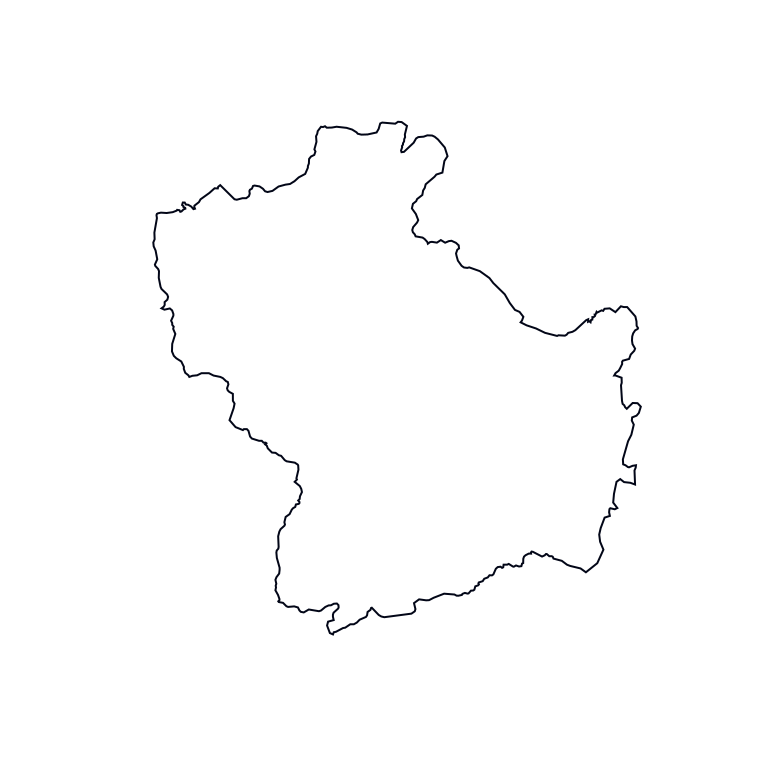 Walikale, Nord-Kivu, Democratic Republic of the Congo, rotated 289°
{"feature_id": "63176286B33968238717987", "entity_name": "Walikale", "entity_type": "district", "adm_level": 2, "iso_a3": "COD", "parent_name": "Democratic Republic of the Congo", "parent_adm1": "Nord-Kivu", "projection": "orthographic", "projection_center": [28.228, -1.084], "detail": "fine", "context": "isolated", "style": "outline", "palette": "ink", "viewbox_px": 768, "rotation_deg": 289, "n_neighbors": 0, "source": "geoboundaries", "source_scale": "gbopen_adm2", "svg_char_len": 6166}
<svg xmlns="http://www.w3.org/2000/svg" viewBox="0 0 768 768"><g transform="rotate(289 384 384)"><path d="M299.5,249.7L294.9,257.7L294.5,265.6L295.7,266.2L296.7,269.0L295.6,271.1L290.7,274.5L289.4,276.9L289.6,284.2L290.5,286.9L289.3,289.2L290.0,291.2L289.7,292.1L288.2,291.3L287.6,293.2L285.3,295.1L282.7,300.4L283.6,303.9L282.4,307.8L282.6,310.1L279.7,314.9L279.2,317.1L280.6,325.3L279.7,328.7L279.0,329.4L275.1,331.0L266.3,331.9L265.3,332.8L262.4,331.4L260.1,337.6L257.9,339.9L255.1,341.6L250.5,341.1L247.8,341.7L245.9,340.8L244.9,342.5L243.8,342.8L242.9,342.4L241.4,339.9L238.9,340.1L236.9,338.4L235.1,337.7L230.2,337.1L226.3,334.3L220.9,334.8L218.9,336.1L217.6,336.0L213.1,333.5L210.4,333.1L205.6,333.5L195.7,337.4L193.9,337.7L191.6,336.8L189.6,337.1L184.7,339.3L176.3,345.1L174.3,345.8L170.6,346.6L166.3,345.2L163.5,345.1L160.1,347.2L157.9,347.3L156.6,348.1L153.6,348.5L150.0,352.5L146.7,355.1L145.7,355.5L144.1,354.8L143.6,355.5L144.2,359.8L142.1,364.1L142.0,365.9L144.5,371.5L144.7,375.4L142.4,377.7L141.5,379.5L141.9,382.5L146.3,386.3L148.0,396.5L149.3,398.2L154.1,401.1L156.6,403.7L157.5,405.9L159.9,408.1L161.1,410.9L160.1,412.9L158.1,413.8L156.8,413.8L151.4,410.8L149.3,410.8L147.3,411.5L144.4,413.3L141.1,408.5L137.1,408.8L130.9,413.9L130.6,417.3L132.9,417.3L134.1,419.3L139.9,424.7L141.0,426.7L145.8,430.3L147.0,433.7L149.6,436.0L153.2,437.7L157.9,442.8L159.8,443.3L163.1,442.7L166.0,444.7L168.0,444.7L168.5,445.3L163.9,454.2L163.3,457.1L163.6,460.2L175.8,484.7L179.1,487.1L181.4,487.0L186.6,483.7L191.8,487.3L193.2,494.3L194.3,497.0L198.1,500.6L205.3,509.1L207.9,519.2L207.5,521.5L208.0,523.2L209.9,526.3L211.1,526.5L212.8,528.5L213.0,531.2L213.5,532.1L216.9,533.5L217.8,535.6L218.9,536.4L222.4,536.2L224.3,538.6L225.4,539.0L226.1,538.2L227.2,538.2L229.7,541.5L232.5,542.2L234.9,545.1L237.5,546.0L238.2,548.4L239.6,549.4L245.7,549.9L247.9,551.1L249.2,553.7L248.6,555.5L249.5,556.4L252.1,555.9L253.3,559.3L254.5,560.5L253.4,565.3L253.5,566.2L255.4,567.9L255.4,571.1L256.5,573.2L259.1,573.0L260.0,573.9L264.1,572.6L266.4,572.6L268.2,573.6L270.8,576.1L271.5,578.3L272.6,577.8L273.6,578.1L273.8,579.4L272.3,589.6L274.3,591.7L276.0,592.5L276.2,593.3L275.0,596.3L275.8,598.6L275.6,599.8L274.1,601.1L274.7,609.7L272.7,615.9L272.6,619.3L273.6,629.9L271.7,636.2L284.0,644.0L298.8,645.4L305.2,639.7L311.7,636.5L318.2,635.8L329.5,636.1L332.8,640.5L336.0,638.6L339.1,637.9L340.2,638.4L340.7,643.0L342.7,645.0L346.5,639.3L355.1,637.2L367.2,635.7L371.0,638.3L369.4,642.9L370.8,649.1L370.7,654.1L383.8,649.0L386.9,649.2L389.2,648.7L387.6,645.7L385.0,642.8L384.9,641.6L385.8,638.8L385.9,636.3L390.5,634.4L409.3,633.4L416.5,634.4L426.9,633.4L430.1,630.2L433.2,629.5L436.3,633.1L439.6,634.4L446.2,634.2L448.4,630.0L447.0,625.3L439.6,621.6L440.6,619.5L442.1,618.1L442.9,616.1L445.6,614.5L460.0,608.5L462.5,608.4L467.3,606.6L467.4,599.9L467.0,598.9L469.7,599.4L473.0,601.6L475.7,602.1L480.4,602.7L482.5,601.9L483.8,602.2L487.5,607.6L492.2,607.7L496.9,609.8L499.2,609.9L502.6,606.0L505.9,604.3L509.8,603.2L513.0,603.1L516.5,604.0L518.6,605.9L519.6,606.0L521.3,603.9L525.3,602.4L529.7,599.7L535.9,588.9L534.8,585.6L534.6,582.7L527.3,579.4L529.0,572.8L526.9,568.0L524.5,567.4L524.5,565.8L520.9,562.3L521.4,561.5L518.5,561.4L518.2,560.6L516.9,561.3L515.3,560.3L515.1,559.3L512.7,560.0L511.8,558.9L509.6,559.2L510.2,557.6L509.3,556.7L511.7,556.0L510.2,554.4L497.2,547.4L494.7,545.2L492.3,541.5L490.0,540.6L488.6,539.3L486.9,533.2L485.8,532.0L484.8,519.6L486.0,509.7L485.9,499.7L486.8,493.1L488.8,493.8L492.9,493.9L496.3,488.7L496.7,483.7L501.5,476.6L508.1,469.0L515.0,454.5L518.5,449.2L521.9,437.9L522.0,426.6L520.9,425.0L520.2,421.7L521.0,418.9L524.7,413.7L528.6,411.0L530.9,409.6L534.8,409.6L536.6,410.8L539.4,409.5L540.9,406.1L541.4,401.2L540.2,398.8L537.5,395.8L538.6,390.9L534.9,388.0L534.0,383.0L533.1,381.3L530.9,379.8L532.4,378.7L534.3,375.2L535.0,372.8L533.9,365.8L535.5,364.4L536.9,361.9L538.8,360.6L541.9,360.5L547.4,362.7L550.1,363.0L555.1,358.8L559.1,353.2L563.8,352.7L567.3,354.9L569.7,355.1L575.2,358.7L579.7,358.0L582.7,358.7L586.4,358.4L596.4,364.3L599.1,365.3L602.9,370.4L614.5,368.5L620.1,369.9L627.4,364.5L632.8,355.4L634.3,351.4L634.6,348.6L633.2,344.0L630.8,341.0L628.6,336.0L626.6,334.4L621.8,333.5L610.0,327.3L608.9,325.1L610.3,324.1L613.8,324.1L614.8,323.5L616.5,324.0L617.8,323.6L619.9,324.0L622.2,323.4L624.2,323.6L626.7,322.5L635.5,321.7L637.4,315.4L636.5,311.9L633.8,309.9L630.6,297.2L629.1,295.6L623.5,295.9L619.4,295.1L614.6,287.2L612.4,281.4L612.1,277.6L613.0,276.2L614.2,271.0L614.0,265.2L611.8,255.4L609.5,251.2L607.7,246.4L608.5,244.3L607.1,242.7L606.7,240.7L601.5,239.0L598.9,239.4L596.1,239.1L591.0,241.3L583.2,241.8L581.5,243.5L577.9,243.5L575.3,240.9L572.4,239.9L568.0,241.2L565.3,241.1L563.7,241.6L557.0,241.1L551.6,236.1L546.7,233.4L542.5,230.0L540.4,225.9L536.4,220.0L530.3,215.7L527.6,211.4L527.5,208.8L529.2,206.0L530.3,202.0L529.5,197.0L528.6,195.7L525.7,195.5L524.0,194.0L522.6,193.9L520.2,195.1L517.6,195.1L514.8,193.2L513.6,189.7L510.3,184.8L510.0,182.5L518.7,164.4L516.5,163.0L514.8,163.2L513.9,160.1L507.8,156.7L498.9,150.4L495.7,149.8L490.9,146.7L489.6,147.0L488.2,148.2L487.3,146.9L489.0,144.0L489.7,140.5L489.2,138.2L490.7,136.5L490.1,134.7L487.5,134.8L486.9,136.4L486.1,136.7L485.8,138.7L485.1,139.1L483.8,137.6L481.2,136.3L480.5,135.3L481.7,134.0L481.3,131.7L480.4,131.5L477.7,128.3L474.9,122.8L473.4,117.3L471.8,114.7L470.9,113.9L469.6,113.9L466.9,115.3L452.4,117.6L446.2,120.0L442.7,119.8L439.2,121.4L435.8,124.6L428.1,129.0L422.3,128.5L421.2,129.3L419.2,133.0L417.5,134.5L411.0,136.5L403.1,141.1L401.4,142.7L398.1,149.8L396.1,151.5L393.2,151.7L390.0,149.9L387.4,150.9L385.5,150.6L383.1,149.0L382.8,152.2L385.7,156.9L384.6,159.7L381.6,162.1L380.0,162.6L374.5,162.1L372.7,163.9L371.0,164.5L369.7,166.5L367.5,166.7L363.4,170.4L353.0,170.7L345.8,172.9L342.2,176.1L340.7,179.2L339.3,185.0L335.1,189.2L333.1,189.8L329.9,192.4L328.5,196.3L327.3,197.6L329.4,200.2L331.4,204.5L334.8,207.9L337.2,215.0L336.5,220.1L337.4,226.9L337.1,229.7L335.2,233.9L335.1,235.6L333.0,237.0L328.8,237.0L327.1,238.3L326.2,240.2L325.5,244.3L318.9,246.6L316.8,249.1L312.1,249.7L299.5,249.7Z" fill="none" stroke="#020617" stroke-width="2"/></g></svg>